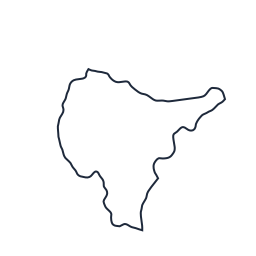 Peralta, Azua, Dominican Republic (Albers equal-area conic projection), rotated 217°
{"feature_id": "3306468B32455006078349", "entity_name": "Peralta", "entity_type": "district", "adm_level": 2, "iso_a3": "DOM", "parent_name": "Dominican Republic", "parent_adm1": "Azua", "projection": "albers", "projection_center": [-70.778, 18.591], "detail": "fine", "context": "isolated", "style": "outline", "palette": "slate", "viewbox_px": 256, "rotation_deg": 217, "n_neighbors": 0, "source": "geoboundaries", "source_scale": "gbopen_adm2", "svg_char_len": 3194}
<svg xmlns="http://www.w3.org/2000/svg" viewBox="0 0 256 256"><g transform="rotate(217 128 128)"><path d="M195.0,151.2L194.7,148.4L194.4,147.2L194.0,146.1L193.1,145.0L192.7,144.0L192.6,142.8L192.8,142.2L193.4,140.9L194.3,139.8L198.7,135.4L200.0,133.6L200.6,132.2L200.9,130.7L200.9,129.3L200.7,127.9L200.2,126.6L198.8,123.7L198.3,122.3L197.7,119.5L197.3,118.2L195.7,114.5L195.3,113.2L194.8,109.0L194.5,107.8L193.9,106.7L193.5,106.2L191.6,104.8L190.7,104.0L190.0,102.9L189.4,101.7L189.0,99.6L188.6,95.3L188.0,93.3L186.5,90.3L185.6,88.4L185.0,87.1L183.6,85.3L180.6,81.9L178.2,79.1L176.3,77.6L171.7,73.7L170.5,72.8L167.4,71.2L163.3,68.0L162.0,67.2L161.3,66.9L160.0,66.4L158.5,66.2L154.9,65.8L152.8,65.4L149.2,63.7L147.9,63.3L144.4,62.5L143.2,62.0L140.9,60.8L139.6,60.5L138.2,60.5L136.9,60.8L132.2,63.0L131.6,63.4L130.5,64.2L129.7,65.2L129.3,65.8L128.8,67.0L128.6,68.4L128.4,71.7L128.1,72.9L127.9,73.4L127.5,73.9L127.0,74.2L126.4,74.4L125.8,74.5L124.6,74.2L121.9,72.9L120.6,72.5L117.9,71.8L116.6,71.3L115.5,70.6L114.5,69.7L112.6,67.3L112.2,66.9L111.2,66.4L108.1,65.5L107.5,65.2L106.4,64.5L105.5,63.5L105.1,63.0L104.6,61.7L104.3,60.4L103.9,56.3L103.5,55.1L103.2,54.5L102.7,54.1L101.7,53.3L99.0,51.7L97.8,51.2L96.4,50.9L92.3,50.4L91.0,50.1L90.4,49.8L89.9,49.5L89.4,49.1L87.7,46.4L85.8,44.2L84.1,42.8L82.8,42.1L81.4,41.9L80.0,42.1L78.8,42.6L75.5,44.5L73.6,48.4L72.9,49.3L72.3,49.7L71.7,50.0L70.3,50.4L66.6,50.8L65.1,51.2L61.5,52.7L58.1,53.8L55.1,54.9L56.5,56.8L58.0,58.6L64.5,65.2L66.5,67.6L67.3,68.8L68.4,71.4L69.6,73.7L70.2,74.9L70.6,77.0L71.0,80.7L71.3,82.8L71.8,84.1L73.2,87.1L73.7,89.3L73.8,91.6L73.9,94.8L73.7,105.9L77.1,107.5L79.7,108.5L81.4,109.7L83.0,111.0L84.4,112.6L85.2,113.8L85.7,115.1L86.0,116.5L86.1,118.7L85.9,120.7L85.4,122.0L85.1,122.5L84.6,122.9L82.0,124.5L80.4,125.8L79.0,127.2L78.1,128.3L77.4,129.5L76.9,130.9L76.7,132.3L76.7,134.6L76.8,136.0L77.1,137.5L77.4,138.2L78.1,139.4L79.0,140.6L80.0,141.6L84.8,146.2L86.3,147.8L87.1,148.9L87.4,149.4L87.6,150.0L87.7,150.6L87.7,151.2L86.6,154.6L86.1,158.7L85.8,160.0L85.3,161.1L84.9,161.6L84.3,162.0L83.0,162.5L78.7,162.8L77.3,163.2L76.7,163.5L75.6,164.3L74.8,165.3L74.6,165.9L74.3,167.2L74.5,168.6L74.9,169.8L76.1,172.0L76.6,174.2L76.8,175.8L76.9,178.2L76.7,181.3L76.5,182.9L76.0,184.2L74.4,187.1L73.3,189.7L72.0,192.0L71.5,193.2L71.0,195.5L70.5,199.4L70.3,201.0L69.8,202.3L68.7,204.7L68.3,206.0L68.1,207.4L67.9,209.4L71.7,212.2L73.4,213.3L74.7,213.9L76.1,214.1L78.3,214.1L79.7,213.8L81.5,212.9L84.6,210.9L85.1,210.4L85.4,209.9L85.8,208.6L86.0,206.6L86.0,202.2L86.3,200.1L86.9,198.7L88.2,196.9L90.2,194.7L97.9,187.1L108.3,176.8L110.5,174.7L111.6,173.7L112.8,172.9L116.5,171.0L117.6,170.2L120.8,167.6L121.9,166.9L122.5,166.6L123.9,166.2L125.4,166.0L130.6,165.9L132.7,165.7L134.1,165.3L134.7,165.1L137.7,163.7L139.1,163.3L141.3,163.0L145.8,163.0L149.5,163.2L151.6,163.6L154.4,164.7L155.0,164.8L155.5,164.8L156.2,164.7L156.8,164.5L157.9,163.8L158.9,162.9L162.6,159.3L163.8,158.4L165.0,157.8L165.7,157.5L167.3,157.2L168.9,157.1L170.5,157.2L172.7,157.6L174.0,158.0L175.4,158.7L176.3,158.9L176.8,159.0L177.7,158.9L182.7,156.8L186.1,154.8L188.7,153.7L191.6,152.1L192.9,151.7L195.0,151.2Z" fill="none" stroke="#1e293b" stroke-width="2"/></g></svg>